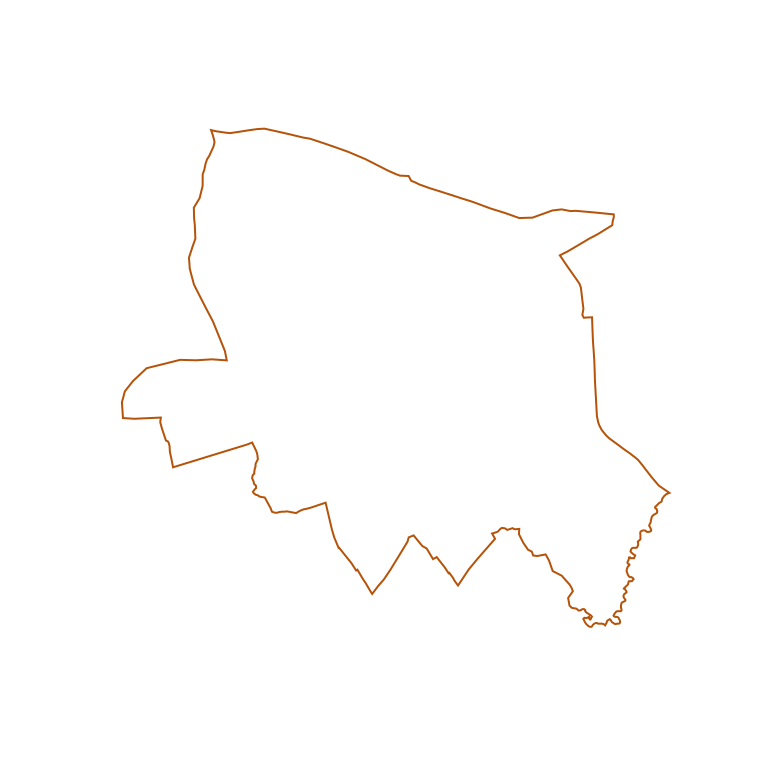 outline of Nassarawa, Kano, Nigeria, rotated 167°
{"feature_id": "59680162B98184498564097", "entity_name": "Nassarawa", "entity_type": "district", "adm_level": 2, "iso_a3": "NGA", "parent_name": "Nigeria", "parent_adm1": "Kano", "projection": "orthographic", "projection_center": [8.564, 12.008], "detail": "fine", "context": "isolated", "style": "outline", "palette": "amber", "viewbox_px": 768, "rotation_deg": 167, "n_neighbors": 0, "source": "geoboundaries", "source_scale": "gbopen_adm2", "svg_char_len": 5413}
<svg xmlns="http://www.w3.org/2000/svg" viewBox="0 0 768 768"><g transform="rotate(167 384 384)"><path d="M122.0,497.6L139.2,503.4L146.5,505.8L158.2,509.6L163.3,510.5L171.7,514.2L180.9,515.2L201.9,512.7L214.9,515.3L227.6,523.4L240.8,531.1L249.0,536.5L251.1,537.9L251.4,538.1L255.8,541.0L258.9,542.9L267.0,547.6L271.2,550.2L294.5,564.0L294.9,564.2L305.0,570.7L308.6,573.7L308.9,573.9L311.8,575.9L312.6,578.9L313.2,581.1L320.4,583.1L321.6,583.4L322.8,584.3L325.2,585.8L332.6,591.4L351.8,607.5L357.1,611.3L366.4,618.1L377.8,625.4L388.0,631.8L401.0,639.7L402.4,640.3L407.3,642.3L419.9,648.6L431.9,654.4L443.1,659.7L450.1,660.9L458.0,661.6L470.6,662.5L477.7,663.1L482.0,664.6L490.9,668.1L495.4,670.3L494.8,665.0L494.7,661.1L494.7,657.8L496.8,653.6L503.1,645.4L505.8,642.8L508.2,639.0L510.9,633.2L513.5,629.1L516.2,617.7L521.9,606.5L529.6,598.6L531.7,588.5L532.5,582.0L535.1,568.0L539.9,560.5L542.7,555.8L545.6,551.0L547.3,540.1L547.3,539.7L547.1,532.0L546.8,523.8L545.7,519.1L540.7,499.1L536.6,483.4L531.6,451.9L531.9,442.4L546.3,446.8L561.9,449.4L577.2,453.4L611.7,452.8L627.7,443.5L638.1,435.2L643.5,425.1L644.3,420.0L646.0,409.5L643.5,408.8L635.2,406.3L609.0,401.5L610.6,397.2L610.4,390.7L609.8,384.4L609.2,378.0L607.5,376.7L607.0,375.1L606.9,371.8L607.9,365.9L608.0,358.5L608.2,352.8L608.3,350.3L531.4,355.8L525.6,356.6L523.5,347.2L523.3,343.7L523.8,339.1L526.8,335.5L527.6,333.6L527.7,332.4L528.3,331.8L529.0,330.4L529.5,329.1L529.9,328.3L530.3,327.1L530.5,325.9L532.3,324.8L532.5,324.5L533.7,322.0L533.0,318.2L533.1,316.0L531.6,313.6L532.0,311.4L533.7,310.4L536.0,308.4L535.3,306.6L533.8,304.9L531.8,303.8L530.8,302.4L528.6,301.4L525.7,300.2L522.4,288.5L521.9,284.8L519.3,283.1L517.0,282.6L514.4,282.8L511.4,282.4L509.4,281.9L507.4,281.8L498.7,278.0L494.7,279.3L493.4,279.5L490.4,280.0L488.8,279.8L482.8,280.0L475.8,280.7L467.6,281.5L467.5,254.4L467.0,245.7L465.1,234.5L464.6,234.6L456.0,216.7L453.1,208.5L451.7,209.1L449.0,200.5L447.8,197.0L446.8,194.6L444.6,187.5L442.8,182.1L434.7,188.8L428.2,193.5L419.0,202.1L404.4,217.0L396.6,225.0L394.4,229.0L389.2,229.8L383.1,217.5L379.4,214.1L375.6,202.3L371.6,203.5L369.4,198.7L366.0,191.5L364.7,188.0L363.6,185.0L362.8,185.3L360.3,179.4L359.6,176.6L357.2,171.0L343.1,184.3L332.1,192.7L321.3,200.5L310.6,208.2L312.3,214.0L309.0,214.2L306.2,214.6L303.3,216.6L301.5,217.3L298.5,216.1L297.6,215.0L296.6,214.1L291.1,214.6L290.0,213.5L288.7,212.9L284.8,212.4L286.3,207.3L284.0,197.9L282.5,194.1L281.0,190.2L280.5,189.8L277.7,187.4L277.2,183.3L273.2,181.9L264.9,181.6L264.1,179.1L262.9,174.8L261.7,163.8L253.8,157.1L253.2,155.8L248.4,147.1L247.1,143.3L246.6,139.6L252.7,134.1L253.1,126.4L251.5,123.8L249.3,122.7L247.5,122.1L246.3,120.9L245.5,119.6L244.1,119.2L243.0,119.4L241.4,120.0L239.7,119.6L238.7,118.4L239.1,117.5L238.3,115.9L236.8,114.4L235.3,112.8L234.3,111.8L233.7,110.5L234.6,109.9L235.3,108.6L236.2,108.1L236.9,109.4L236.7,111.0L237.6,110.7L239.1,110.4L240.4,110.8L241.4,111.1L242.6,110.3L241.8,106.9L241.2,105.1L239.6,102.6L238.6,101.5L237.2,100.8L236.1,100.9L234.6,102.4L232.8,103.3L231.1,103.4L230.1,103.1L229.5,102.4L227.9,102.0L226.0,101.6L224.5,100.9L223.5,100.2L222.8,99.1L222.0,100.1L220.8,101.3L219.9,102.9L219.0,103.4L217.8,103.7L217.2,104.1L216.6,103.8L216.1,102.8L215.8,101.7L215.4,100.5L214.1,99.4L213.4,98.5L212.1,97.9L210.8,98.1L209.5,97.7L208.2,97.8L207.6,98.6L207.4,99.8L207.5,101.1L207.8,102.1L208.1,103.4L208.6,104.2L209.9,104.8L211.3,105.2L212.0,105.7L212.4,106.6L211.6,107.8L210.6,108.7L208.7,110.1L207.0,110.0L205.5,109.6L204.5,109.3L203.5,110.0L203.3,111.3L203.4,113.0L202.6,115.7L201.7,117.3L200.6,117.8L198.9,118.1L198.3,118.2L197.5,118.8L197.3,119.4L197.7,120.4L198.1,121.2L198.5,122.8L198.1,124.1L197.3,125.1L196.3,125.6L195.3,126.1L194.6,126.4L194.4,126.9L194.4,127.3L194.7,128.1L195.1,129.2L195.5,130.3L196.0,130.3L196.3,130.6L195.9,131.1L194.8,131.7L193.3,132.6L191.9,133.4L191.2,134.1L190.6,135.5L189.8,136.7L189.0,136.6L188.1,136.3L186.8,136.1L185.8,137.0L184.7,137.7L185.1,138.9L186.4,140.2L187.8,140.5L188.7,141.6L189.3,143.2L189.7,147.4L188.7,149.5L187.5,151.2L186.4,151.8L185.5,152.6L185.8,153.4L186.8,154.2L187.0,155.0L186.5,156.2L185.5,157.2L184.7,158.8L184.2,159.9L183.2,159.7L182.8,158.7L181.7,158.5L179.6,158.0L177.8,160.5L179.1,161.8L180.6,163.7L181.5,165.3L180.6,167.1L179.1,168.3L177.5,168.3L175.5,167.6L174.0,168.0L173.5,168.8L172.7,169.8L172.2,171.4L172.2,173.3L171.1,173.9L169.8,174.6L168.9,175.3L168.6,177.3L168.1,179.1L167.9,181.2L167.2,182.4L166.0,183.0L164.1,183.0L162.1,182.3L161.4,181.0L160.4,180.5L158.3,180.3L156.9,180.8L156.5,181.5L156.6,182.9L157.5,186.4L156.6,187.7L155.3,189.2L154.5,191.3L152.8,194.5L151.1,195.7L149.1,196.3L147.2,196.9L146.4,198.2L146.5,200.9L147.6,202.0L147.4,203.3L145.9,204.1L142.8,206.1L140.1,206.9L138.7,209.6L136.5,211.6L133.7,213.2L130.4,213.7L136.2,220.0L139.1,223.2L144.1,232.8L148.5,242.4L150.3,246.4L151.8,249.4L153.5,252.9L156.1,256.4L157.7,258.2L159.3,260.3L163.1,264.5L164.4,265.9L165.9,267.7L170.7,273.4L173.1,276.1L174.0,277.2L176.7,280.3L179.1,283.9L182.1,289.9L183.5,295.1L183.9,298.4L183.8,304.6L177.6,340.4L175.9,348.8L173.7,360.2L171.8,372.0L171.7,372.9L171.2,376.0L170.4,380.7L166.3,402.2L170.4,403.0L174.4,403.6L175.2,406.6L172.8,412.4L170.5,433.5L170.9,437.4L172.3,441.2L178.8,457.1L183.7,469.8L175.2,471.9L157.7,477.4L152.3,479.2L142.8,481.7L142.4,481.8L125.9,487.4L124.4,491.5L122.5,495.0L122.0,497.6Z" fill="none" stroke="#b45309" stroke-width="2"/></g></svg>